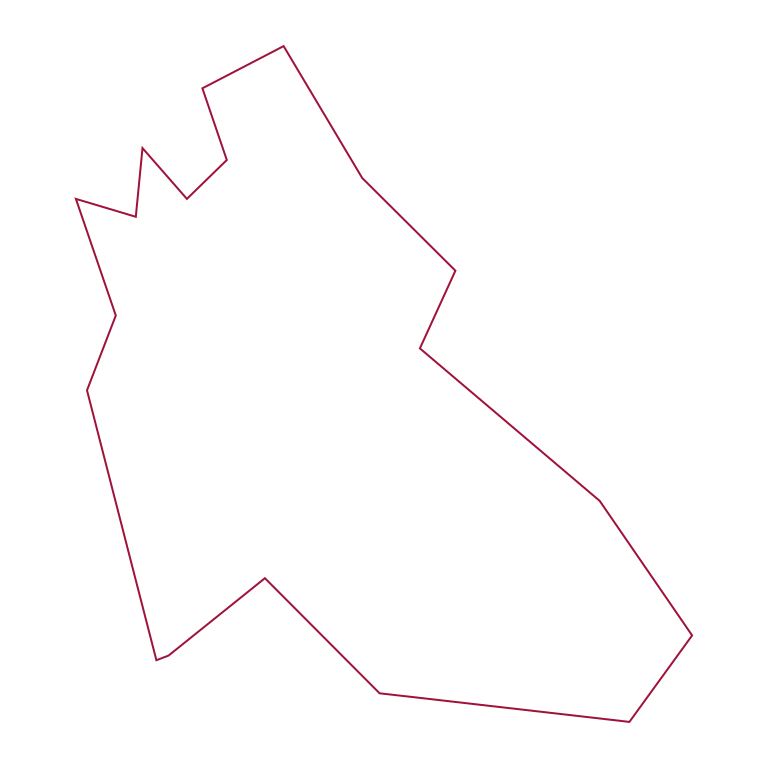 Ikotos, Eastern Equatoria, South Sudan (Equal Earth projection)
{"feature_id": "79223893B75846050285915", "entity_name": "Ikotos", "entity_type": "district", "adm_level": 2, "iso_a3": "SSD", "parent_name": "South Sudan", "parent_adm1": "Eastern Equatoria", "projection": "equal_earth", "projection_center": [33.072, 4.082], "detail": "fine", "context": "isolated", "style": "outline", "palette": "rose", "viewbox_px": 768, "rotation_deg": 0, "n_neighbors": 0, "source": "geoboundaries", "source_scale": "gbopen_adm2", "svg_char_len": 387}
<svg xmlns="http://www.w3.org/2000/svg" viewBox="0 0 768 768"><path d="M156.4,660.2L168.5,655.6L264.9,578.2L379.6,693.3L629.4,721.9L692.0,635.6L692.1,635.4L599.7,500.9L419.9,348.4L455.4,270.7L362.2,178.0L283.6,46.1L202.4,88.3L226.8,160.0L186.9,198.9L142.5,148.1L135.8,216.8L75.9,198.9L115.8,315.5L87.0,390.3L131.8,564.7L156.4,660.2Z" fill="none" stroke="#9f1239" stroke-width="2"/></svg>